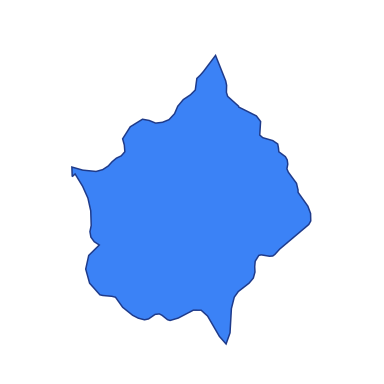 map outline of Cankuzo (Albers equal-area conic projection), rotated 109°
{"feature_id": "BDI-2632", "entity_name": "Cankuzo", "entity_type": "Province", "adm_level": 1, "iso_a3": "BDI", "parent_name": "Burundi", "parent_adm1": "", "projection": "albers", "projection_center": [30.587, -3.141], "detail": "fine", "context": "isolated", "style": "filled", "palette": "blue", "viewbox_px": 384, "rotation_deg": 109, "n_neighbors": 0, "source": "natural_earth", "source_scale": "10m", "svg_char_len": 1394}
<svg xmlns="http://www.w3.org/2000/svg" viewBox="0 0 384 384"><g transform="rotate(109 192 192)"><path d="M155.3,92.5L157.8,91.6L167.7,77.8L173.7,72.9L180.7,70.3L184.7,71.0L217.4,90.5L224.0,93.3L226.2,94.8L227.5,97.8L228.9,106.1L230.2,108.2L236.9,109.7L242.2,108.4L247.2,106.4L253.4,106.0L259.5,108.3L271.0,115.8L277.7,117.8L289.4,116.8L312.8,110.2L324.6,110.3L321.2,116.3L319.7,119.0L304.2,136.9L300.8,144.9L303.3,152.3L315.7,164.0L320.6,170.9L320.7,173.6L318.3,180.3L317.9,183.2L319.7,187.0L326.2,191.8L328.3,195.3L328.8,201.7L327.9,208.0L323.6,220.0L316.4,230.1L316.7,233.8L318.9,242.7L319.2,245.6L311.6,259.1L299.5,267.4L285.6,269.0L272.3,262.4L270.8,268.3L267.6,272.9L262.7,275.6L256.5,276.4L242.8,281.6L231.7,288.4L222.2,297.3L213.0,308.4L216.5,310.3L216.4,310.3L207.5,313.7L206.9,302.4L203.8,289.4L199.9,283.7L194.6,279.6L189.4,277.4L184.6,274.5L180.9,270.7L175.8,268.6L169.6,271.3L164.3,274.9L150.4,271.6L139.3,262.5L138.3,255.8L138.7,248.8L135.7,242.6L131.1,237.3L123.7,234.0L115.5,233.4L107.4,230.3L100.6,225.1L94.5,222.1L83.0,224.4L78.8,222.2L74.3,220.4L55.2,214.2L76.0,196.3L79.9,194.0L86.6,191.9L90.0,189.4L95.7,175.9L96.5,175.4L99.1,155.9L103.0,150.1L116.1,146.5L117.6,142.8L117.1,132.3L118.7,126.6L122.2,124.6L125.7,123.0L128.2,115.2L130.7,112.4L134.5,110.5L139.2,109.8L141.9,107.4L149.8,96.0L155.1,92.7L155.3,92.5Z" fill="#3b82f6" stroke="#1e3a8a" stroke-width="1.5"/></g></svg>